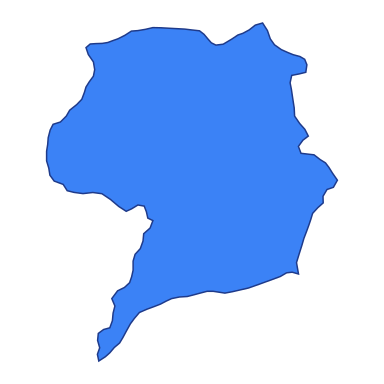 outline of Araçaí, Minas Gerais, Brazil
{"feature_id": "56859067B97028441467773", "entity_name": "Araçaí", "entity_type": "district", "adm_level": 2, "iso_a3": "BRA", "parent_name": "Brazil", "parent_adm1": "Minas Gerais", "projection": "orthographic", "projection_center": [-44.223, -19.251], "detail": "fine", "context": "isolated", "style": "filled", "palette": "blue", "viewbox_px": 384, "rotation_deg": 0, "n_neighbors": 0, "source": "geoboundaries", "source_scale": "gbopen_adm2", "svg_char_len": 1954}
<svg xmlns="http://www.w3.org/2000/svg" viewBox="0 0 384 384"><path d="M337.4,180.2L332.4,173.0L328.9,167.4L325.5,162.9L320.2,159.6L314.0,154.8L308.6,154.2L301.0,153.3L298.4,146.4L302.9,140.2L308.3,136.1L304.9,129.4L299.6,123.4L294.6,116.1L294.2,107.9L292.8,98.9L291.4,89.4L290.1,82.8L291.7,75.4L299.3,73.9L305.8,72.3L306.9,64.8L304.7,59.3L299.9,56.5L293.2,54.7L288.0,52.6L281.3,49.6L274.5,44.8L270.3,38.9L267.4,30.5L262.6,23.0L255.3,25.1L249.2,29.9L242.9,33.3L237.9,35.0L231.6,39.2L223.2,44.2L215.9,45.1L211.3,42.8L207.6,38.6L204.0,34.3L199.5,30.8L191.4,29.9L184.8,29.1L177.5,28.7L171.9,28.4L161.1,27.8L152.9,27.6L145.6,29.3L137.9,30.6L131.4,31.1L124.9,35.3L117.7,38.9L112.6,40.7L107.8,42.5L102.2,43.4L95.9,43.6L90.2,44.0L86.0,47.6L88.3,54.5L93.4,61.9L94.7,69.6L93.4,76.2L89.4,81.6L86.0,87.0L84.4,92.4L81.8,99.3L76.7,104.6L69.7,110.2L66.3,116.1L60.4,122.0L53.1,124.3L50.2,130.0L48.2,137.7L47.7,144.4L46.6,151.2L46.6,160.9L48.8,168.2L49.9,175.2L54.2,181.1L63.2,184.4L67.2,190.7L74.0,192.4L83.0,193.6L92.8,192.5L101.9,193.7L110.4,199.4L118.8,206.5L126.2,211.3L131.5,208.9L137.9,205.0L144.2,206.1L146.4,211.8L147.8,218.1L152.9,220.6L150.1,228.0L143.7,233.7L143.0,241.1L140.3,248.6L135.1,254.3L133.1,261.1L133.1,270.2L131.6,276.9L129.6,282.7L124.4,287.5L117.6,290.8L111.8,298.6L114.9,306.0L113.1,313.1L112.4,320.7L109.8,327.8L103.6,329.5L98.3,333.4L97.6,340.4L99.7,347.8L97.4,354.3L98.8,361.0L105.3,356.8L109.8,352.8L114.3,347.5L119.6,343.0L122.8,337.7L126.4,331.0L130.4,323.8L134.3,318.5L139.4,312.5L146.7,309.3L154.3,306.5L160.5,304.1L166.0,301.2L171.6,298.6L179.4,297.0L187.3,296.5L193.9,294.8L200.2,293.1L207.1,291.3L213.2,291.3L224.9,293.1L232.4,291.7L248.5,288.0L260.1,283.9L280.3,276.5L286.6,272.8L292.2,272.2L298.5,274.0L296.5,262.6L299.2,253.8L301.8,245.6L303.9,238.4L306.6,231.3L308.9,225.0L310.8,219.4L312.6,213.4L317.8,207.7L323.2,202.9L323.0,196.3L327.0,189.5L333.4,187.3L337.4,180.2Z" fill="#3b82f6" stroke="#1e3a8a" stroke-width="1.5"/></svg>